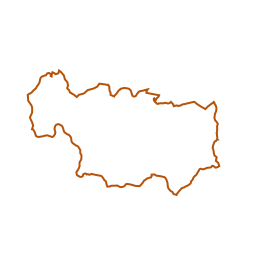 outline of Conop, Arad, Romania, rotated 159°
{"feature_id": "2599482B88852521299696", "entity_name": "Conop", "entity_type": "district", "adm_level": 2, "iso_a3": "ROU", "parent_name": "Romania", "parent_adm1": "Arad", "projection": "mercator", "projection_center": [21.825, 46.117], "detail": "fine", "context": "isolated", "style": "outline", "palette": "amber", "viewbox_px": 256, "rotation_deg": 159, "n_neighbors": 0, "source": "geoboundaries", "source_scale": "gbopen_adm2", "svg_char_len": 5017}
<svg xmlns="http://www.w3.org/2000/svg" viewBox="0 0 256 256"><g transform="rotate(159 128 128)"><path d="M197.1,200.1L198.8,199.0L199.1,198.7L199.8,198.0L201.5,197.4L202.9,196.9L205.2,195.7L209.7,194.9L210.5,192.1L211.1,190.2L211.4,189.3L210.0,183.4L210.3,180.9L212.1,176.6L215.6,173.2L215.8,172.0L215.5,167.3L215.7,164.3L218.0,161.2L217.1,160.7L216.9,159.6L216.6,157.9L216.6,156.7L216.7,155.1L216.7,153.5L215.9,152.4L215.1,151.9L213.6,151.4L211.1,150.9L207.8,150.5L206.0,150.1L204.3,148.7L202.1,146.8L200.9,146.8L199.6,147.5L198.3,148.5L197.6,149.6L197.2,150.5L197.2,152.1L196.8,153.8L195.4,155.8L193.9,156.7L192.1,156.7L191.0,156.2L190.2,155.1L189.1,154.0L188.7,152.3L188.7,150.9L189.0,148.1L188.8,146.7L188.1,145.7L187.1,144.1L186.1,143.1L185.3,142.2L185.0,141.0L184.6,139.2L185.4,136.3L185.5,135.2L185.0,133.6L182.8,130.3L181.4,128.9L181.0,127.7L180.5,124.5L181.0,123.2L181.6,121.4L181.2,119.2L182.8,115.5L185.5,113.3L186.1,111.9L187.0,109.5L189.0,107.4L192.1,105.1L192.5,102.5L191.9,101.4L191.5,101.0L190.4,99.7L189.4,99.1L188.4,99.1L187.4,99.3L186.8,100.4L186.0,100.9L184.9,100.9L184.1,100.8L183.1,99.8L183.1,99.4L181.8,99.2L181.4,98.6L181.1,98.4L180.4,98.1L179.6,98.1L178.7,98.3L175.4,96.1L172.2,94.1L170.4,93.1L169.7,92.1L169.2,90.2L168.7,87.8L167.8,86.1L168.0,84.4L168.2,82.9L168.3,81.5L168.3,80.7L166.2,80.0L164.0,80.0L162.5,79.4L161.0,78.9L160.1,78.5L158.7,78.2L156.6,75.8L155.6,75.2L153.2,74.9L151.9,75.1L150.3,76.2L148.8,76.1L145.6,74.2L142.0,71.4L138.4,69.7L137.8,69.6L135.3,70.8L133.4,71.9L131.9,73.1L130.2,73.4L128.7,74.0L125.7,73.9L124.3,73.6L123.4,74.3L122.7,76.0L120.0,75.2L118.8,73.5L115.0,71.4L111.7,69.1L111.1,68.2L110.7,66.7L110.8,62.6L111.8,59.1L111.9,57.1L110.9,54.1L109.4,52.3L109.2,50.2L108.5,49.6L106.7,48.1L106.5,48.3L105.7,49.1L102.1,51.2L99.1,52.6L96.7,52.4L95.1,52.8L93.4,52.8L92.7,52.9L91.4,53.1L90.9,53.4L90.0,53.6L89.2,54.0L88.1,55.7L86.1,56.6L84.7,58.2L83.0,59.2L81.9,59.4L81.2,59.7L76.6,63.3L75.8,63.9L74.7,63.9L73.1,62.7L71.4,62.3L68.6,62.5L65.7,61.7L64.6,61.6L64.1,61.8L63.2,62.4L62.7,62.4L62.1,62.1L60.3,59.5L60.1,59.5L58.6,59.4L57.4,59.5L56.4,59.8L56.5,60.6L56.3,61.5L56.3,62.8L56.4,63.2L56.7,63.9L57.1,64.9L57.7,65.8L57.4,66.4L56.9,67.2L55.8,68.6L55.8,69.2L56.4,70.2L56.9,70.9L57.1,71.7L57.0,72.5L56.9,73.6L56.6,74.6L56.4,75.8L56.1,77.1L56.1,78.2L56.2,79.0L55.5,79.8L55.4,80.0L55.2,80.4L54.9,81.1L53.0,83.2L52.6,83.7L51.9,84.3L51.1,84.3L50.3,84.5L49.3,85.2L48.7,85.1L48.9,85.4L48.5,86.2L48.1,87.0L47.8,88.1L47.7,88.8L47.6,89.4L47.1,90.4L47.2,90.8L47.1,91.5L46.1,92.8L45.5,94.3L44.5,96.6L44.4,97.5L43.7,98.4L42.7,99.6L42.8,100.7L42.9,100.9L43.3,102.5L43.9,103.9L43.8,105.4L43.8,106.1L42.8,108.2L41.6,110.2L40.1,111.7L39.7,112.1L39.0,113.4L38.5,114.2L38.1,116.2L38.0,117.9L38.1,118.1L38.4,118.7L38.5,119.7L38.3,120.1L38.3,120.6L38.4,121.0L38.6,121.6L40.4,120.8L40.9,120.9L42.1,120.5L45.2,119.6L45.9,119.4L49.0,117.9L52.1,121.7L52.3,122.0L55.2,126.0L55.3,126.3L56.6,128.5L57.2,128.8L64.5,129.8L66.5,130.0L68.1,130.4L68.8,130.5L69.2,130.4L70.3,130.3L70.5,130.1L71.3,130.3L71.8,130.3L72.2,130.3L72.7,130.4L73.0,130.7L73.7,130.9L74.2,131.5L74.9,131.6L76.0,131.8L77.2,132.0L77.3,132.0L77.2,132.3L77.1,132.6L77.2,132.8L77.3,132.9L77.4,133.1L77.5,133.3L77.4,133.7L77.4,134.1L77.6,134.6L78.6,137.0L79.1,136.8L79.8,136.5L80.6,136.4L81.1,136.4L81.5,136.5L82.2,136.8L82.4,136.9L83.0,137.3L83.5,137.7L83.9,138.0L84.2,138.2L84.7,138.3L85.1,138.3L85.6,138.3L85.9,138.3L86.3,138.4L86.8,138.6L87.2,138.7L87.8,139.1L88.3,139.3L89.3,139.5L89.7,139.6L90.2,139.8L90.6,140.0L91.4,139.8L91.9,139.9L92.1,140.2L92.6,140.8L92.7,141.4L93.1,142.2L93.4,142.7L93.7,143.7L93.8,144.3L93.7,145.4L93.3,146.1L92.7,146.2L92.5,144.8L92.0,144.2L90.4,145.4L89.1,145.9L87.7,146.8L87.2,147.4L98.2,154.2L97.8,155.4L96.9,156.1L95.7,157.0L96.6,157.1L98.0,157.3L99.1,157.4L100.2,157.4L101.1,157.6L102.5,157.9L104.2,158.1L105.2,157.9L105.5,157.6L106.3,157.2L106.7,156.9L107.5,156.4L109.3,155.1L109.9,155.0L110.8,155.1L111.7,155.6L112.1,156.2L112.3,156.7L112.2,157.9L112.2,159.2L112.0,161.6L112.2,162.7L113.0,164.1L113.9,164.9L115.2,165.7L117.3,166.8L118.2,166.9L120.6,167.2L121.4,167.0L121.8,166.6L122.4,166.6L123.4,166.2L124.4,165.6L126.3,164.3L127.2,163.8L128.5,163.3L129.2,162.9L129.6,162.4L132.4,165.1L131.6,167.4L131.8,168.9L131.6,170.5L130.9,172.6L130.6,173.5L131.2,175.6L131.9,175.6L133.3,176.6L138.8,179.6L140.3,178.8L140.5,178.4L142.1,177.6L142.8,177.5L145.1,177.3L145.5,177.2L147.0,177.3L152.1,177.8L156.2,176.2L157.9,176.1L161.9,176.6L164.8,175.3L166.3,178.1L167.0,179.0L167.9,179.9L168.4,181.0L169.3,181.6L169.5,182.6L169.4,184.1L169.5,184.6L170.5,186.5L170.5,187.0L168.7,189.3L168.2,192.6L169.3,195.6L169.5,196.3L169.2,197.8L169.1,200.5L169.6,201.5L170.3,203.9L171.8,206.3L173.2,204.2L173.9,204.0L176.4,204.2L176.9,205.4L178.6,207.1L179.6,205.9L180.9,203.5L181.5,204.2L181.1,205.0L181.0,205.7L181.3,206.8L182.2,207.8L183.0,207.8L184.0,207.9L184.5,207.4L185.8,206.6L186.7,206.8L189.5,206.9L191.3,206.3L192.1,205.6L194.5,202.0L196.6,200.4L197.1,200.1Z" fill="none" stroke="#b45309" stroke-width="2"/></g></svg>